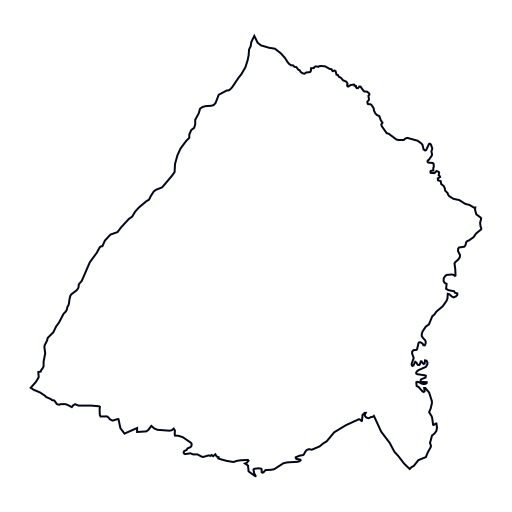 Chipatá, Santander, Colombia
{"feature_id": "7082276B31557626540926", "entity_name": "Chipatá", "entity_type": "district", "adm_level": 2, "iso_a3": "COL", "parent_name": "Colombia", "parent_adm1": "Santander", "projection": "mercator", "projection_center": [-73.622, 6.074], "detail": "fine", "context": "isolated", "style": "outline", "palette": "ink", "viewbox_px": 512, "rotation_deg": 0, "n_neighbors": 0, "source": "geoboundaries", "source_scale": "gbopen_adm2", "svg_char_len": 5994}
<svg xmlns="http://www.w3.org/2000/svg" viewBox="0 0 512 512"><path d="M475.3,207.5L473.9,207.6L469.4,204.9L465.3,203.9L459.3,200.1L453.4,198.8L449.1,196.1L448.0,194.5L447.7,193.2L445.1,190.5L444.9,188.6L443.8,186.1L441.1,183.9L440.8,181.2L438.0,180.3L437.8,178.4L440.1,177.0L439.9,176.3L438.7,175.2L439.2,172.8L438.7,171.9L436.5,171.0L434.5,173.1L430.7,172.9L430.4,171.4L431.0,170.8L433.3,170.5L433.3,167.9L433.8,166.8L433.6,163.8L432.7,163.0L428.6,162.6L427.8,162.3L427.5,161.4L427.7,160.6L429.2,159.4L431.9,155.4L432.0,153.9L431.4,151.6L432.3,148.5L430.9,144.5L429.9,143.7L429.1,143.8L426.1,150.1L425.1,150.5L423.6,149.4L422.5,144.9L421.3,143.4L417.5,140.7L407.4,137.9L405.4,138.5L403.7,140.0L398.3,140.0L396.4,139.5L388.8,133.8L386.7,133.2L381.7,126.1L381.3,124.4L382.5,122.7L380.8,120.2L379.3,116.1L376.9,115.0L375.3,113.4L374.0,110.6L373.6,108.1L371.5,105.0L370.6,104.3L368.0,104.1L367.5,103.3L367.4,101.6L368.8,100.1L369.0,99.4L368.4,95.9L369.4,94.7L369.1,93.4L367.6,92.1L366.8,91.6L364.5,91.5L363.5,90.8L360.5,86.6L359.4,86.5L358.0,88.1L356.7,88.1L355.9,87.0L356.0,86.1L354.5,85.8L354.4,84.8L354.0,84.5L350.5,85.1L348.2,86.6L347.6,86.4L347.1,85.4L347.6,83.8L346.7,82.2L346.2,81.6L343.1,80.3L340.8,77.7L338.9,76.8L337.9,75.0L336.5,74.7L335.6,71.2L334.6,70.5L332.9,71.2L332.0,70.4L331.5,69.2L329.6,68.9L325.3,66.4L321.3,66.0L319.1,66.2L318.5,66.8L315.8,66.4L314.5,66.9L313.8,68.1L311.1,68.2L310.9,70.6L310.5,71.6L309.9,72.1L306.1,72.5L304.6,73.7L302.6,73.3L300.7,72.0L299.6,70.2L298.3,69.7L296.3,67.1L294.6,66.9L292.9,65.3L291.2,65.3L289.2,64.0L287.5,62.0L285.1,58.1L280.9,53.4L274.9,48.7L269.2,47.8L261.0,45.4L257.6,42.7L254.3,35.9L251.3,42.0L250.7,46.1L249.1,49.4L248.6,55.7L247.5,60.7L245.3,67.5L241.3,74.3L238.7,77.5L232.2,87.2L230.4,89.2L228.7,90.4L226.7,90.5L218.7,94.8L215.5,103.1L213.6,105.1L211.1,105.8L205.7,106.1L202.6,107.0L200.1,108.6L198.7,113.4L195.2,119.8L195.2,124.5L194.1,127.9L191.3,130.0L189.3,134.4L189.3,137.8L186.2,140.9L180.6,148.4L177.5,155.1L175.0,164.0L174.6,172.0L172.0,175.7L162.2,187.3L156.2,189.7L153.8,191.4L150.7,196.2L149.1,199.6L146.4,201.2L138.9,207.5L135.1,211.7L132.2,216.6L128.9,218.9L121.3,227.1L117.5,232.1L110.4,234.6L104.9,240.6L102.4,246.2L100.9,246.4L99.8,247.2L96.7,252.9L89.8,262.3L81.8,280.8L78.8,284.4L78.5,287.4L77.9,288.7L76.4,290.5L71.2,294.4L70.3,295.9L69.5,299.1L69.0,303.3L68.4,305.4L67.4,306.9L66.8,309.7L65.8,311.5L63.5,313.9L58.8,322.9L56.2,326.3L53.3,332.3L47.7,337.9L47.1,340.5L44.6,345.4L44.4,347.0L45.2,353.5L43.6,361.5L43.6,366.3L42.5,368.6L41.4,369.7L40.7,371.6L38.3,372.0L38.7,377.2L35.9,381.9L30.7,387.8L33.7,389.8L40.1,392.5L44.9,395.7L46.3,397.1L50.9,399.1L51.9,400.1L54.3,400.5L56.9,404.1L59.1,404.8L60.8,404.1L65.1,404.1L67.4,404.8L71.8,407.1L73.2,405.3L75.1,404.2L78.5,405.6L91.2,405.6L99.2,406.3L99.9,406.8L99.6,409.1L99.8,414.9L100.6,416.5L106.9,416.4L108.5,417.5L109.9,419.3L112.6,420.6L118.0,419.0L118.5,419.2L120.4,428.2L124.5,433.6L137.1,428.0L137.1,432.0L146.1,431.4L148.2,430.1L151.3,425.9L154.2,428.4L157.4,429.8L169.5,430.7L171.9,430.2L173.7,428.6L174.9,430.5L174.7,434.4L175.0,435.6L178.5,435.8L182.8,437.2L191.0,442.8L191.7,444.1L191.3,446.3L190.3,447.2L187.5,448.4L186.5,450.0L184.2,451.1L183.6,452.2L184.0,453.5L185.1,454.1L190.4,453.3L193.1,454.4L197.4,454.4L202.0,456.8L203.5,456.9L208.7,455.4L210.5,455.9L211.6,455.0L213.2,456.2L215.3,454.3L216.7,456.5L218.7,457.3L218.3,458.4L219.8,459.0L226.7,460.9L233.4,462.0L237.2,460.8L240.6,460.3L247.8,459.9L248.5,460.7L246.8,462.8L245.0,463.5L248.0,465.6L248.6,471.4L255.1,476.1L255.5,476.1L255.5,475.5L254.3,473.6L253.6,470.4L253.5,469.4L254.3,468.8L258.4,468.3L260.9,468.6L261.6,469.2L261.7,472.3L262.7,472.7L263.5,472.3L265.5,470.1L271.1,469.8L274.2,469.2L283.3,463.3L287.2,462.4L297.5,461.8L299.3,461.3L300.6,460.4L300.3,459.6L296.4,458.9L295.8,458.2L295.7,457.3L299.5,455.7L303.0,455.1L303.8,454.5L305.8,450.9L307.3,449.7L309.1,449.2L311.8,449.7L319.6,446.4L323.1,443.5L326.7,441.3L334.2,432.3L345.9,425.2L359.0,419.2L360.5,419.9L361.5,421.0L362.0,420.8L362.5,415.0L364.6,412.9L365.7,412.9L364.8,414.7L364.8,415.6L365.9,417.2L367.0,417.8L368.3,418.2L369.2,418.0L371.1,417.0L372.9,416.8L373.9,415.9L381.2,431.7L389.7,442.9L394.4,451.8L398.2,455.9L404.1,463.6L409.7,469.0L411.3,467.3L413.9,465.8L418.4,460.1L425.9,457.1L427.4,453.2L430.9,446.7L430.9,445.5L430.0,443.0L432.0,435.6L434.6,433.4L436.4,430.9L437.0,427.4L436.4,423.5L435.6,423.6L433.7,425.0L433.1,424.8L432.2,418.1L431.6,416.2L429.1,412.2L430.7,408.4L431.9,403.3L431.9,401.2L429.1,392.5L425.2,388.0L424.2,388.0L424.6,391.4L423.6,392.0L422.4,391.3L418.6,387.0L416.7,386.1L416.5,384.8L416.3,382.2L417.1,381.8L419.0,382.2L421.9,383.7L423.8,384.1L425.8,383.7L426.7,383.0L426.7,382.2L421.3,381.9L420.6,381.2L420.6,380.2L421.2,379.3L425.6,377.5L425.8,375.7L424.8,375.3L417.3,374.2L416.3,373.6L416.1,372.9L416.8,371.5L418.4,370.2L425.8,366.9L427.3,364.5L427.5,362.8L426.5,360.7L425.0,360.4L424.6,363.6L423.8,364.0L422.9,363.4L421.5,361.3L420.8,361.3L420.0,364.1L419.2,365.0L417.8,364.9L416.3,362.5L415.2,361.8L413.4,365.5L412.4,365.9L411.9,365.5L411.6,364.0L413.7,358.0L412.1,353.5L412.2,351.5L413.5,350.2L416.4,349.9L417.1,349.1L418.5,343.1L419.1,342.3L420.5,342.3L422.6,343.6L423.4,345.2L424.7,345.4L425.0,344.9L425.6,343.5L425.7,341.6L425.1,340.2L422.9,337.9L421.7,336.0L421.8,333.8L422.6,331.4L425.7,326.7L429.0,324.3L432.2,316.4L434.4,314.5L436.3,311.7L442.7,306.3L446.3,301.2L447.4,298.8L447.8,293.8L449.4,294.3L451.8,296.5L453.7,297.4L455.9,296.4L457.3,294.9L457.3,293.4L455.0,292.8L454.1,291.3L448.3,290.1L446.1,288.8L446.6,283.9L444.5,282.7L443.6,280.9L443.8,278.0L445.6,275.6L446.8,274.9L451.7,274.5L453.6,274.9L454.9,275.9L455.5,275.5L455.3,269.5L454.5,263.4L455.3,262.1L458.5,259.3L459.8,257.2L460.0,255.0L458.0,251.0L458.1,248.8L459.0,247.5L464.3,246.7L465.4,245.4L466.2,242.2L467.2,241.1L469.0,240.4L473.5,237.2L476.1,233.5L481.1,229.4L481.3,228.1L480.6,226.7L480.1,222.9L481.1,218.7L480.9,217.8L476.3,214.3L475.0,209.6L475.3,207.5Z" fill="none" stroke="#020617" stroke-width="2"/></svg>